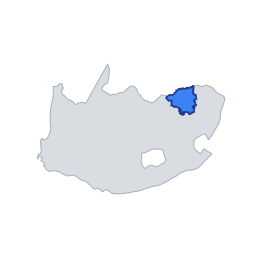 Waterberg, Limpopo, South Africa shown in context, rotated 30°
{"feature_id": "47623444B68910643198214", "entity_name": "Waterberg", "entity_type": "district", "adm_level": 2, "iso_a3": "ZAF", "parent_name": "South Africa", "parent_adm1": "Limpopo", "projection": "robinson", "projection_center": [27.237, -24.067], "detail": "fine", "context": "in_parent", "style": "filled", "palette": "blue", "viewbox_px": 256, "rotation_deg": 30, "n_neighbors": 0, "source": "geoboundaries", "source_scale": "gbopen_adm2", "svg_char_len": 7842}
<svg xmlns="http://www.w3.org/2000/svg" viewBox="0 0 256 256"><g transform="rotate(30 128 128)"><path d="M174.5,51.7L180.2,50.9L182.7,51.3L185.7,52.6L188.5,53.1L193.4,52.6L195.0,52.8L196.3,53.3L197.3,54.0L198.6,59.2L199.8,64.7L199.7,66.5L199.9,67.2L201.2,69.5L201.7,71.0L202.5,72.2L204.2,78.1L204.4,79.1L204.3,93.4L203.6,95.1L203.9,97.4L203.1,97.7L198.3,94.8L197.5,94.9L196.1,96.0L194.9,97.7L194.3,99.1L191.8,102.9L191.6,105.4L191.8,107.5L192.6,107.6L193.2,109.1L194.5,111.5L196.7,113.0L198.7,113.7L201.5,113.9L203.8,113.8L203.7,112.2L204.2,107.9L208.0,108.4L213.5,108.3L213.1,111.1L211.0,117.5L209.7,124.7L208.0,128.4L207.0,129.9L204.3,132.6L202.9,133.4L201.7,133.7L197.1,139.1L195.3,141.7L193.8,145.5L192.2,147.6L190.0,152.0L186.0,158.6L182.7,162.9L181.3,164.1L180.3,164.7L177.7,167.2L174.0,171.2L171.2,174.7L167.0,178.8L164.6,180.5L160.9,184.0L159.9,184.5L155.9,187.7L152.9,189.7L148.2,192.0L146.3,192.6L141.8,192.0L139.9,192.3L138.4,193.7L138.3,195.7L137.6,196.0L133.5,195.1L131.8,195.2L130.8,196.3L130.0,197.6L127.6,197.7L123.4,196.3L118.5,195.5L117.3,195.4L114.9,196.4L114.1,196.5L110.6,196.3L108.6,195.7L106.8,195.7L105.4,196.2L103.7,196.4L99.1,200.1L96.7,200.1L94.6,200.5L90.9,200.0L89.8,200.3L88.7,200.9L86.3,201.2L85.3,201.8L81.2,205.1L79.4,204.8L77.2,204.7L74.7,202.9L73.8,203.1L74.0,202.5L74.1,201.6L73.2,200.6L72.2,200.6L71.6,199.8L70.2,199.7L68.9,200.0L68.6,196.9L68.0,196.6L66.5,196.5L65.8,196.6L65.5,196.9L65.1,197.6L65.2,199.8L64.6,199.2L64.0,197.8L63.8,196.5L63.9,194.8L65.0,194.2L64.7,192.1L62.8,188.5L61.7,187.7L60.8,185.9L60.0,185.2L59.6,183.9L58.7,182.9L58.4,181.2L58.8,180.3L59.5,179.8L60.3,180.6L61.2,180.3L62.4,179.1L63.2,177.3L63.1,174.4L62.9,172.6L61.7,168.0L61.2,166.9L58.8,163.6L56.0,159.2L52.4,152.2L50.6,147.9L47.9,139.4L45.6,134.6L42.8,130.1L42.5,129.8L42.9,129.3L44.3,128.3L44.9,128.0L45.3,128.1L45.6,127.8L45.9,127.1L46.1,125.5L46.8,123.9L47.4,123.2L48.6,122.7L49.6,123.3L50.0,123.9L50.2,124.7L50.7,125.1L51.3,125.1L51.8,125.6L52.1,126.6L52.1,127.4L51.7,127.8L51.8,128.4L52.3,129.2L52.9,130.8L55.5,131.7L57.0,131.8L58.4,132.2L59.7,133.0L61.9,133.1L64.9,132.8L67.4,132.9L69.3,133.6L70.7,133.8L71.6,133.3L72.0,132.7L71.8,131.8L72.3,131.3L73.2,131.0L74.0,130.4L74.6,129.3L75.9,128.5L78.1,127.8L79.1,127.8L78.4,83.0L82.3,86.1L83.2,87.5L85.1,91.7L87.1,96.9L87.5,99.4L87.4,99.9L85.5,103.3L85.4,105.0L85.7,107.0L86.2,107.9L86.7,108.3L88.1,107.8L90.2,108.3L94.2,108.1L96.2,108.3L96.7,108.2L97.2,107.7L97.7,106.6L98.1,106.2L100.0,105.7L100.8,105.0L102.1,102.6L106.0,99.5L106.5,98.8L108.9,91.3L109.6,90.2L110.8,89.5L112.9,88.9L114.2,89.3L115.6,89.9L117.2,91.0L119.5,93.0L120.3,93.3L122.7,93.4L124.1,94.8L128.5,95.7L129.8,95.6L131.1,94.9L133.4,94.9L135.8,94.4L137.2,93.1L140.0,84.9L140.3,83.1L140.7,82.6L143.0,81.7L145.7,81.0L146.3,80.6L148.1,78.3L150.3,76.4L151.9,69.9L153.0,68.3L153.6,67.7L154.0,67.7L154.6,67.3L155.4,66.5L156.3,66.0L157.3,65.8L158.0,65.2L158.3,64.4L158.8,63.9L159.6,64.0L160.0,63.7L160.2,63.1L161.9,61.7L161.9,61.1L162.9,59.7L164.8,57.5L166.6,56.3L168.3,56.1L171.5,54.9L172.6,53.9L173.3,52.5L174.5,51.7ZM169.0,148.3L171.8,147.2L173.8,145.7L174.3,143.1L175.9,141.4L176.5,139.9L176.9,137.8L176.0,135.6L174.7,135.0L172.4,133.1L171.4,131.8L170.0,130.7L169.0,129.4L167.4,129.8L164.9,130.9L163.4,131.8L162.1,133.0L159.7,133.8L157.6,137.4L156.9,138.2L155.2,140.9L152.7,142.2L152.6,142.6L153.5,144.8L154.6,146.9L155.8,148.7L155.7,149.7L156.1,150.6L157.2,151.2L159.0,153.3L159.9,154.0L162.6,154.6L163.0,154.4L163.8,153.1L163.9,152.2L165.7,149.4L166.5,148.5L169.0,148.3Z" fill="#d9dde1" stroke="#a8b0b8" stroke-width="1"/><path d="M165.7,89.5L166.5,89.3L166.6,89.6L167.1,89.6L167.8,89.5L167.8,88.9L168.8,88.7L168.9,88.8L169.2,89.1L169.5,88.6L169.5,88.8L169.6,88.7L169.7,88.3L169.4,88.3L169.0,87.5L169.4,87.4L169.4,87.1L169.2,87.1L169.2,87.3L168.8,87.4L168.2,87.6L168.1,87.8L167.3,88.2L166.6,88.3L166.9,88.2L166.7,87.7L167.2,87.3L167.8,87.3L167.5,86.8L168.9,86.6L169.0,86.4L169.1,86.1L168.9,85.7L169.5,85.4L170.1,85.1L170.5,84.6L171.4,84.7L171.4,84.9L172.3,84.5L172.2,84.3L172.4,84.1L172.7,84.6L172.9,84.5L173.0,84.6L173.6,84.6L173.8,85.0L173.9,85.5L174.9,85.1L175.0,85.0L174.9,84.5L175.2,84.4L175.5,83.4L175.8,83.4L176.0,83.1L175.9,83.0L175.9,82.6L175.7,82.2L177.0,81.6L177.0,81.0L177.3,80.9L177.1,80.5L176.8,80.7L176.6,80.3L176.1,79.0L175.9,78.6L175.7,78.1L175.8,77.6L175.5,77.6L174.3,78.1L173.6,78.0L173.7,77.2L173.4,76.5L173.8,76.0L174.1,76.3L174.6,76.2L174.9,76.8L175.1,76.6L175.1,76.3L175.1,76.0L175.1,75.6L175.5,75.2L175.5,75.3L175.5,74.8L175.3,74.7L175.1,74.6L175.0,74.4L174.8,74.5L174.7,74.3L174.7,74.2L175.2,73.7L174.7,73.6L174.1,73.3L173.9,72.8L173.6,72.3L173.2,72.2L172.9,72.0L173.1,71.6L172.3,71.2L172.1,71.8L171.8,71.8L171.4,71.5L171.5,71.4L171.6,71.1L171.5,70.9L171.9,70.9L171.6,70.5L171.8,69.8L171.8,69.2L172.3,68.8L172.4,68.6L172.8,68.6L172.2,67.9L171.7,67.2L171.3,66.8L171.0,66.4L170.8,65.9L170.3,65.3L169.8,65.4L169.7,65.6L169.5,65.8L169.5,66.0L168.9,66.2L168.8,65.9L168.5,65.9L168.3,65.6L167.8,65.5L167.6,65.1L166.9,65.6L166.6,64.9L166.3,65.0L166.3,64.7L166.0,63.8L166.3,63.5L166.1,62.8L165.7,62.4L165.2,62.6L165.0,61.9L164.9,61.3L165.2,61.3L165.1,60.9L164.7,60.4L164.5,60.7L164.2,60.3L164.4,60.1L164.0,59.8L164.2,59.7L163.8,59.4L164.0,59.2L163.6,59.0L163.3,59.2L163.0,59.2L163.0,59.4L163.1,59.6L163.1,59.9L163.0,60.2L162.7,60.4L162.5,60.5L162.2,60.8L162.0,60.7L161.9,60.8L162.0,61.2L161.9,61.5L162.0,61.7L161.9,61.9L161.8,62.1L161.0,62.6L160.8,62.6L160.6,62.6L160.7,62.8L160.3,63.0L160.3,62.9L160.1,62.9L160.1,63.0L160.3,63.2L160.3,63.4L160.1,63.6L160.0,63.8L160.0,64.0L159.9,64.1L159.7,64.1L159.5,63.8L159.3,63.7L159.1,63.7L159.0,64.0L158.9,64.0L158.6,63.9L158.4,63.9L158.3,64.1L158.4,64.3L158.2,64.4L158.1,64.5L158.1,64.9L158.0,65.1L158.1,65.3L158.0,65.6L157.7,65.8L157.6,66.0L157.4,66.0L156.7,66.0L156.6,66.5L156.4,66.5L156.3,66.3L156.4,66.2L156.1,66.0L156.0,66.3L156.0,66.5L155.7,66.5L155.8,66.3L155.8,66.2L155.5,66.2L155.5,66.4L155.4,66.6L155.4,66.8L155.1,66.9L155.1,67.0L154.9,67.1L154.6,67.2L154.5,67.3L154.4,67.3L154.4,67.2L154.1,67.4L154.1,67.6L154.3,67.6L154.2,67.7L154.2,67.8L153.9,67.7L153.8,67.8L153.6,67.7L153.5,67.8L153.5,68.0L153.6,68.3L153.4,68.3L153.4,68.2L153.2,68.2L153.2,68.5L152.9,68.6L153.0,68.7L152.9,68.8L152.8,68.7L152.7,68.8L152.8,68.9L152.9,69.1L152.9,69.3L152.8,69.5L152.5,69.6L152.4,69.5L152.5,69.3L152.4,69.3L152.3,69.2L152.2,69.1L152.0,69.3L152.0,69.6L151.8,69.9L151.8,70.0L151.7,70.4L151.7,70.5L151.7,70.8L151.6,71.0L151.5,71.3L151.6,71.6L151.4,71.6L151.6,71.8L151.5,72.1L151.5,72.3L151.3,72.5L151.4,72.9L151.2,73.1L151.1,73.8L150.9,74.2L150.9,74.6L150.6,74.7L150.6,74.8L150.7,75.0L150.8,75.3L150.8,75.6L150.7,75.6L150.7,75.8L150.8,75.8L150.7,76.1L150.6,76.3L150.7,76.5L150.4,76.8L150.1,77.0L149.9,77.2L149.5,77.3L149.4,77.3L149.4,77.2L149.2,77.3L148.9,77.6L148.7,77.7L148.7,77.8L148.6,78.0L148.4,78.2L148.2,78.2L148.2,78.3L148.0,78.5L147.7,78.5L147.6,78.8L147.4,79.0L147.2,79.2L147.2,79.3L146.9,79.4L146.9,79.6L146.8,79.9L146.6,80.3L146.5,80.7L146.3,80.9L146.1,81.0L145.9,81.4L146.1,81.5L146.0,81.9L146.1,82.0L146.0,82.4L146.1,82.7L146.1,82.8L146.2,83.1L146.4,83.1L146.4,83.4L147.5,83.5L148.1,83.4L148.9,84.1L149.0,84.0L149.5,84.3L149.8,83.7L151.5,83.0L151.9,83.0L151.8,82.3L152.4,82.3L152.5,84.3L153.1,84.5L153.6,85.0L153.7,85.4L154.0,85.1L154.4,85.3L154.3,85.6L154.2,86.1L154.5,86.1L154.4,86.5L154.9,86.1L155.4,86.2L155.6,86.8L156.5,86.5L157.1,86.5L157.3,86.6L157.5,86.6L157.7,86.8L157.8,86.9L158.0,86.7L157.9,86.6L158.0,86.4L158.3,86.1L158.3,85.5L158.7,85.4L159.3,85.5L159.8,85.5L160.0,85.3L160.4,85.3L162.0,85.7L162.1,85.3L162.3,85.3L162.4,85.2L162.5,85.4L162.8,85.4L163.0,85.5L163.4,85.4L163.8,85.4L163.9,85.8L164.2,85.9L165.3,86.3L164.8,87.1L164.8,87.3L164.4,87.2L164.2,86.8L163.8,86.9L163.4,86.9L163.6,87.5L163.9,87.5L164.0,88.2L164.3,88.3L164.8,88.1L165.1,88.3L165.7,89.3L165.7,89.5Z" fill="#3b82f6" stroke="#1e3a8a" stroke-width="1.5"/></g></svg>